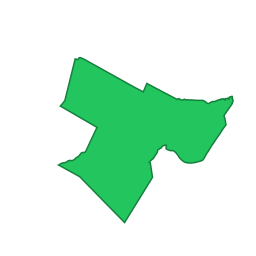 Serei Saophoan, Bântéay Méanchey, Cambodia, rotated 212°
{"feature_id": "14789045B91793328513154", "entity_name": "Serei Saophoan", "entity_type": "district", "adm_level": 2, "iso_a3": "KHM", "parent_name": "Cambodia", "parent_adm1": "Bântéay Méanchey", "projection": "albers", "projection_center": [102.937, 13.614], "detail": "fine", "context": "isolated", "style": "filled", "palette": "green", "viewbox_px": 256, "rotation_deg": 212, "n_neighbors": 0, "source": "geoboundaries", "source_scale": "gbopen_adm2", "svg_char_len": 2638}
<svg xmlns="http://www.w3.org/2000/svg" viewBox="0 0 256 256"><g transform="rotate(212 128 128)"><path d="M209.4,158.6L196.1,117.8L196.5,114.0L197.0,110.7L154.6,112.1L153.2,99.8L151.4,85.2L152.0,84.4L152.4,83.8L153.2,83.4L153.8,83.0L154.2,82.4L154.6,81.1L154.6,80.2L154.6,79.6L154.9,78.3L155.4,76.7L156.0,75.7L156.5,74.7L156.5,73.7L157.2,71.9L158.3,70.6L158.8,70.3L159.9,69.9L161.1,68.8L161.7,67.8L161.8,67.2L162.7,65.8L163.3,65.0L164.7,64.0L165.7,62.8L166.2,62.1L166.4,61.6L166.7,60.7L167.3,59.8L157.9,60.3L143.2,61.1L80.8,46.0L81.0,87.8L81.1,99.2L90.6,110.2L91.0,110.4L91.4,110.1L91.9,110.1L91.8,110.8L91.6,111.9L91.2,113.0L91.2,113.7L90.8,114.1L90.8,114.5L90.5,115.1L90.3,115.8L90.4,116.5L90.5,117.2L90.2,117.7L90.4,118.3L90.5,119.4L90.2,120.6L90.2,121.6L90.3,122.9L90.7,124.2L91.0,124.9L91.1,125.4L90.7,126.0L90.3,126.7L90.0,127.7L89.6,128.1L89.1,129.1L89.3,129.7L89.2,130.7L89.1,131.1L88.7,131.5L88.4,131.8L88.1,132.4L87.7,132.9L87.1,133.5L86.2,133.6L85.7,132.1L84.6,130.5L83.4,130.5L81.1,131.0L79.4,131.5L78.0,132.7L76.0,132.7L73.7,132.3L70.8,131.1L68.3,129.9L64.5,129.1L62.0,129.0L59.1,129.9L56.2,131.5L53.3,133.8L50.8,136.4L49.0,138.3L47.6,140.2L47.4,142.7L47.7,147.1L47.6,150.4L47.6,151.3L47.6,153.1L47.7,154.8L47.7,157.6L47.5,160.2L47.4,162.7L47.4,165.2L47.2,168.9L47.0,173.0L47.0,176.4L46.8,180.1L46.6,182.0L46.6,182.7L50.6,187.1L53.2,189.5L52.5,204.1L53.0,204.6L53.0,205.2L53.1,206.4L53.6,206.9L54.1,207.6L54.4,207.9L55.1,208.2L55.5,209.0L56.0,209.7L56.4,210.0L56.9,209.7L57.2,209.2L57.9,208.4L58.5,207.7L58.4,207.2L57.9,206.7L57.6,205.9L58.2,205.8L59.5,205.9L59.7,205.4L60.2,204.8L60.7,204.7L61.0,204.5L60.7,203.9L60.5,203.1L61.0,203.1L61.7,203.4L62.5,203.4L63.0,202.8L63.2,202.3L63.8,202.4L64.7,201.6L64.6,201.1L65.1,200.7L65.8,200.2L66.0,199.8L66.5,199.4L67.0,198.5L67.2,198.1L67.9,197.4L68.3,196.6L68.7,196.2L69.4,195.8L70.4,195.3L70.8,194.6L71.1,193.9L71.5,193.6L72.0,192.5L72.6,191.5L73.1,191.1L73.8,190.9L74.7,191.1L76.2,191.3L77.3,191.3L78.1,191.3L79.1,191.0L79.8,190.8L80.7,190.1L81.7,189.5L82.5,189.0L83.6,188.3L84.8,187.7L85.8,187.1L87.1,186.4L87.9,186.0L88.9,185.6L89.4,185.1L89.8,184.8L90.4,184.6L91.1,184.3L91.4,184.0L92.1,183.6L92.6,183.4L93.2,183.0L93.6,182.7L94.3,182.4L95.2,182.4L95.6,182.1L95.7,181.5L96.0,181.2L96.5,180.8L97.0,180.4L97.7,180.0L98.9,179.7L99.6,180.0L100.0,180.0L100.9,179.6L101.3,178.3L107.9,177.8L125.2,176.5L135.6,175.8L134.2,166.7L143.4,166.0L145.9,165.9L148.9,165.7L196.6,163.3L202.4,163.0L205.8,162.4L206.2,162.1L206.7,161.7L206.6,161.1L206.4,160.7L206.6,160.3L206.9,159.9L207.2,159.4L207.4,159.0L208.3,159.0L209.4,158.6Z" fill="#22c55e" stroke="#15803d" stroke-width="1.5"/></g></svg>